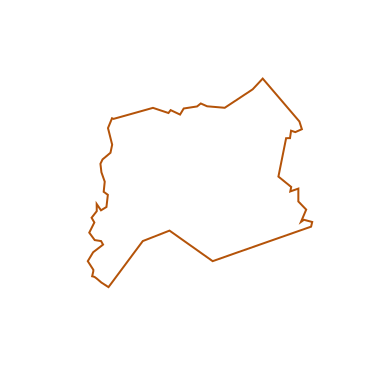 the district of Hardin, Kentucky, United States of America, rotated 225°
{"feature_id": "52423323B56050966337073", "entity_name": "Hardin", "entity_type": "district", "adm_level": 2, "iso_a3": "USA", "parent_name": "United States of America", "parent_adm1": "Kentucky", "projection": "albers", "projection_center": [-85.938, 37.724], "detail": "fine", "context": "isolated", "style": "outline", "palette": "amber", "viewbox_px": 384, "rotation_deg": 225, "n_neighbors": 0, "source": "geoboundaries", "source_scale": "gbopen_adm2", "svg_char_len": 973}
<svg xmlns="http://www.w3.org/2000/svg" viewBox="0 0 384 384"><g transform="rotate(225 192 192)"><path d="M128.5,157.7L117.0,181.7L83.3,251.7L85.8,255.8L93.2,251.5L93.8,247.9L98.8,260.3L110.1,260.5L119.2,269.6L122.9,261.9L125.4,265.7L141.8,264.0L163.5,296.6L160.8,299.4L165.3,305.4L161.3,307.4L158.7,314.1L165.9,317.8L182.4,319.1L222.2,322.2L221.7,307.5L228.4,274.7L241.9,263.3L248.4,260.8L248.9,256.1L256.9,245.2L255.2,238.3L265.0,234.8L264.5,231.2L279.1,223.9L295.8,194.2L299.2,188.2L300.7,187.6L296.6,177.8L281.9,169.0L277.4,162.1L278.3,151.8L276.7,147.2L270.0,141.9L261.0,137.6L254.6,129.7L249.5,130.5L241.9,120.9L243.4,114.7L250.9,116.1L245.8,111.1L244.8,102.8L239.5,101.4L235.9,90.6L226.8,89.2L221.6,93.0L217.7,91.9L219.3,79.5L216.8,69.4L206.7,67.2L205.7,66.1L203.0,61.8L202.2,62.3L200.9,63.0L198.5,63.4L192.1,63.9L184.6,65.5L183.8,65.7L184.6,71.3L189.8,106.7L192.1,122.5L188.6,130.5L180.6,148.8L128.5,157.7Z" fill="none" stroke="#b45309" stroke-width="2"/></g></svg>